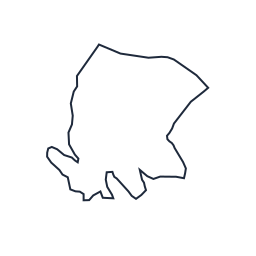 outline of Bururi, rotated 129°
{"feature_id": "BDI-2637", "entity_name": "Bururi", "entity_type": "Province", "adm_level": 1, "iso_a3": "BDI", "parent_name": "Burundi", "parent_adm1": "", "projection": "albers", "projection_center": [29.663, -3.868], "detail": "fine", "context": "isolated", "style": "outline", "palette": "slate", "viewbox_px": 256, "rotation_deg": 129, "n_neighbors": 0, "source": "natural_earth", "source_scale": "10m", "svg_char_len": 1070}
<svg xmlns="http://www.w3.org/2000/svg" viewBox="0 0 256 256"><g transform="rotate(129 128 128)"><path d="M81.4,203.1L74.9,180.7L60.5,156.3L51.6,146.8L48.1,141.8L45.9,135.5L43.9,108.0L46.3,91.0L52.1,92.1L68.0,95.7L95.6,95.1L100.6,93.4L105.8,92.7L109.5,92.8L111.9,90.3L112.3,87.4L112.1,84.5L112.8,81.7L114.2,79.2L119.8,63.8L123.0,57.6L127.3,55.1L131.8,52.9L135.6,59.9L145.5,72.4L151.6,76.2L153.3,82.7L153.1,92.5L159.4,84.5L160.4,81.2L162.8,78.2L165.0,74.9L171.7,75.5L178.0,77.2L178.4,82.4L177.0,87.7L174.3,105.1L174.6,107.8L173.4,110.2L171.9,112.5L175.8,116.7L182.1,112.8L186.8,107.1L189.9,98.5L191.9,95.2L198.1,103.7L194.7,109.5L202.3,112.6L208.5,112.8L212.1,117.0L207.3,120.9L207.8,125.4L210.3,129.0L212.0,134.2L204.2,143.8L205.4,149.6L203.8,154.9L203.2,165.9L201.2,172.8L198.0,175.3L194.1,177.1L190.7,175.3L189.1,169.7L189.2,160.6L186.3,153.1L186.6,148.9L186.3,145.5L183.0,147.3L182.1,152.6L177.8,163.5L169.0,171.4L160.5,173.8L153.2,178.7L144.9,187.9L133.8,193.1L127.7,193.7L119.7,200.4L84.3,202.8L81.4,203.1Z" fill="none" stroke="#1e293b" stroke-width="2"/></g></svg>